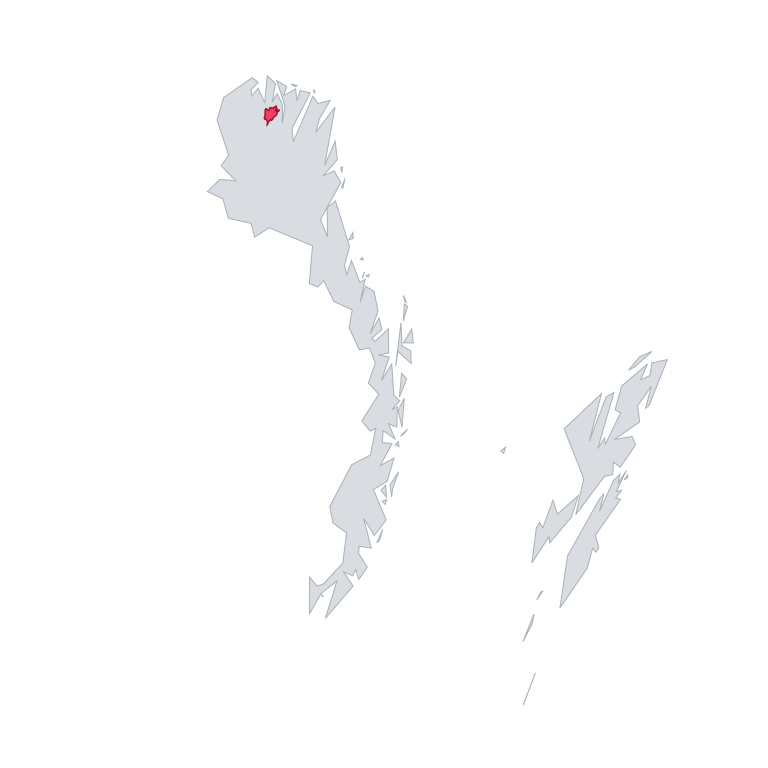 location of Odda nor, Hordaland, Norway, rotated 114°
{"feature_id": "86288312B11299132347208", "entity_name": "Odda nor", "entity_type": "district", "adm_level": 2, "iso_a3": "NOR", "parent_name": "Norway", "parent_adm1": "Hordaland", "projection": "natural_earth1", "projection_center": [6.638, 59.946], "detail": "fine", "context": "in_parent", "style": "filled", "palette": "rose", "viewbox_px": 768, "rotation_deg": 114, "n_neighbors": 0, "source": "geoboundaries", "source_scale": "gbopen_adm2", "svg_char_len": 5939}
<svg xmlns="http://www.w3.org/2000/svg" viewBox="0 0 768 768"><g transform="rotate(114 384 384)"><path d="M454.4,367.5L427.9,373.5L432.6,377.6L426.7,389.3L395.5,384.6L389.4,398.7L368.5,400.4L357.1,411.7L362.8,420.6L346.7,438.8L329.2,443.1L329.0,463.4L314.1,481.1L322.4,484.0L322.6,493.1L286.8,505.5L288.0,552.5L302.5,561.8L291.3,570.7L295.9,593.5L280.3,606.6L280.1,623.7L263.8,617.1L258.7,602.2L250.8,621.6L238.3,618.9L210.8,643.9L187.5,647.0L157.7,628.9L159.6,621.5L169.3,625.2L174.6,621.8L165.1,619.3L175.4,607.4L150.0,616.0L153.6,605.3L171.7,600.8L162.1,599.7L170.2,590.2L187.1,583.1L170.5,587.4L150.4,605.4L151.7,593.9L161.3,593.0L150.4,584.8L160.6,578.7L150.1,580.0L148.0,569.8L188.0,571.9L199.1,565.4L150.0,566.0L154.6,558.4L146.7,548.5L167.9,550.8L181.9,548.7L150.9,541.4L208.4,527.1L182.0,527.4L198.1,517.9L218.6,524.2L209.5,516.3L217.4,505.4L259.6,508.9L272.6,495.4L246.0,507.6L236.5,502.8L272.5,471.4L291.8,468.3L299.3,462.5L284.5,463.9L300.9,447.4L296.0,443.8L319.4,439.0L302.2,440.7L303.5,430.7L319.8,419.1L344.1,417.1L325.8,415.4L335.1,408.1L347.2,413.6L348.8,409.4L331.8,402.5L353.6,392.4L359.8,400.7L357.1,390.3L381.9,387.7L362.5,385.1L390.6,370.3L392.9,362.8L404.2,366.5L399.4,362.4L418.3,354.9L418.3,363.9L429.6,351.6L427.0,365.9L438.2,361.6L435.1,352.4L460.0,354.2L447.7,344.8L471.5,341.5L484.7,350.7L507.3,326.7L526.3,331.2L515.1,347.8L539.1,328.9L542.2,340.7L549.2,338.3L558.1,324.8L572.9,327.5L565.1,334.4L571.9,334.6L572.0,344.5L581.3,330.1L621.9,342.2L583.0,346.9L601.2,356.4L624.1,358.5L590.6,373.5L595.7,362.8L591.4,358.1L564.5,348.8L535.2,357.6L531.6,374.2L517.9,383.7L470.9,380.7L454.4,367.5ZM337.3,129.4L363.9,134.3L362.1,142.6L373.6,138.2L379.0,145.1L425.4,155.7L389.1,163.1L351.7,201.2L304.3,181.4L352.7,173.2L305.5,175.8L298.2,170.5L356.0,162.4L343.7,160.6L349.0,157.3L314.0,156.1L313.7,162.4L289.1,166.1L258.5,151.4L275.7,151.3L268.3,144.5L255.7,147.8L246.5,135.1L295.8,133.1L299.7,135.1L277.5,138.9L300.9,143.5L314.6,135.0L341.0,150.9L331.1,136.1L337.3,129.4ZM393.1,121.0L436.1,129.4L446.4,121.1L451.6,122.0L449.2,126.7L469.5,123.4L517.1,132.2L466.4,146.4L402.4,140.5L394.6,138.5L412.4,135.3L378.6,135.1L370.4,131.7L380.0,129.6L364.4,127.5L387.8,128.0L384.5,123.8L394.1,125.9L393.1,121.0ZM429.5,158.7L461.7,167.9L456.6,171.2L487.4,176.1L453.6,186.3L447.1,185.5L450.8,180.4L421.4,182.4L432.3,172.6L406.8,161.1L429.5,158.7ZM348.5,384.4L362.8,380.7L321.2,393.3L342.0,383.1L342.7,373.0L354.2,367.5L348.5,384.4ZM370.1,365.4L389.7,364.6L367.0,372.3L370.1,365.4ZM389.0,359.7L416.4,349.9L402.3,360.3L389.0,359.7ZM245.2,152.4L266.7,162.0L271.8,166.2L254.9,161.4L245.2,152.4ZM334.6,374.0L338.5,383.1L322.7,380.9L334.6,374.0ZM483.9,331.2L473.6,337.6L458.2,334.9L475.6,333.6L483.9,331.2ZM486.4,335.8L482.3,343.4L475.7,341.3L486.4,335.8ZM303.5,394.0L318.6,392.0L302.4,398.0L303.5,394.0ZM619.6,126.4L586.2,128.2L620.7,126.1L619.6,126.4ZM542.9,151.1L562.8,152.3L533.1,153.4L542.9,151.1ZM517.1,326.1L528.3,324.5L532.1,326.0L517.1,326.1ZM493.6,333.9L491.8,337.9L488.4,334.5L493.6,333.9ZM435.0,344.9L435.1,349.0L430.7,347.5L435.0,344.9ZM398.8,246.5L397.7,250.2L392.2,247.2L398.8,246.5ZM519.1,156.6L509.8,156.1L508.7,154.8L519.1,156.6ZM263.6,471.3L266.7,474.8L258.3,474.0L263.6,471.3ZM415.7,344.1L421.5,345.6L425.0,347.9L415.7,344.1ZM370.0,123.3L374.1,125.5L368.0,124.7L370.0,123.3ZM221.4,502.8L211.8,503.3L221.9,501.2L221.4,502.8ZM207.8,508.6L204.2,511.6L202.6,510.1L207.8,508.6ZM300.0,398.9L295.1,402.2L300.4,396.7L300.0,398.9ZM148.7,586.3L147.6,591.1L146.9,584.8L148.7,586.3ZM292.2,444.5L289.9,441.8L292.9,441.9L292.2,444.5ZM603.2,352.6L602.5,355.8L602.0,355.2L603.2,352.6ZM294.9,447.2L289.5,447.7L296.1,446.5L294.9,447.2ZM279.2,453.5L279.8,456.2L277.2,455.3L279.2,453.5ZM146.2,565.7L143.9,568.6L144.5,566.2L146.2,565.7Z" fill="#d9dde1" stroke="#a8b0b8" stroke-width="1"/><path d="M176.6,591.1L176.4,591.4L177.0,591.9L176.7,593.3L176.4,593.6L175.3,594.4L175.1,594.6L174.9,594.9L174.4,595.4L174.0,595.7L175.5,596.5L175.8,596.6L175.9,596.8L176.0,596.8L176.2,597.0L176.3,597.1L176.4,597.3L176.5,597.3L176.9,597.5L177.0,597.6L177.2,597.8L177.3,598.0L177.2,598.3L177.3,598.5L177.5,598.6L177.4,598.8L177.4,599.1L177.5,599.3L177.6,599.5L177.7,599.8L177.8,600.0L177.8,600.3L178.1,600.2L178.6,600.4L178.7,600.5L179.3,600.5L179.4,600.4L179.5,600.4L180.0,600.3L180.3,600.3L180.3,600.2L180.5,600.2L180.7,600.3L181.0,600.5L181.1,600.8L181.0,601.4L180.9,601.5L180.9,601.8L181.0,602.0L180.9,602.4L180.8,602.6L180.7,602.6L180.7,602.8L180.6,603.0L180.4,603.4L180.4,603.6L180.5,603.8L181.1,604.0L181.4,604.0L181.5,604.0L182.1,603.9L182.3,603.9L182.5,603.8L182.7,603.7L182.8,603.7L183.0,603.6L183.3,603.4L183.6,603.3L185.6,602.5L186.8,602.0L189.2,601.7L190.2,601.0L190.1,600.7L190.4,600.6L190.5,600.5L190.4,600.4L190.3,600.2L190.2,600.1L190.1,599.9L190.3,599.7L190.3,599.4L190.2,599.3L190.2,599.2L190.6,598.7L190.9,598.2L191.7,597.3L191.9,597.1L192.4,596.8L192.4,596.7L192.5,596.7L192.8,596.5L193.0,596.5L193.3,596.5L193.5,596.5L193.8,596.5L194.0,596.4L194.7,596.2L194.2,596.0L193.9,596.0L192.3,596.2L191.8,596.2L191.7,596.1L190.7,595.8L189.5,595.6L188.8,595.2L189.1,595.1L189.1,594.8L189.0,594.5L188.5,593.8L188.0,593.7L187.8,593.6L187.7,593.6L187.0,593.5L186.9,593.4L186.6,593.4L186.4,593.5L186.3,593.4L186.2,593.4L185.6,593.5L182.6,591.9L182.3,591.7L182.0,591.6L181.9,591.7L181.5,591.7L181.2,591.7L180.8,591.7L179.9,591.9L179.4,592.0L179.2,592.0L178.9,592.0L178.8,592.3L178.7,592.3L178.7,592.5L178.8,592.5L178.7,592.6L178.6,592.8L178.5,593.0L178.4,593.0L178.5,593.0L178.4,593.1L178.5,593.1L178.4,593.2L178.4,593.3L178.5,593.3L178.4,593.4L178.4,593.5L178.3,593.8L178.3,594.0L178.4,594.3L178.2,594.4L178.0,594.2L177.9,594.2L178.0,594.1L177.9,594.0L177.9,593.9L178.0,593.9L178.0,594.0L178.1,593.9L178.0,593.7L178.1,593.4L178.1,593.2L178.1,592.9L178.1,592.7L178.2,592.4L178.3,592.3L178.4,592.2L178.3,591.9L178.2,591.7L177.9,591.7L177.7,591.6L177.6,591.3L177.6,591.2L176.6,591.1Z" fill="#f43f5e" stroke="#9f1239" stroke-width="1.5"/></g></svg>